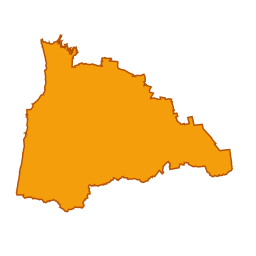 Waitomo District, Waikato, New Zealand (Robinson projection), rotated 4°
{"feature_id": "76426892B29950050378985", "entity_name": "Waitomo District", "entity_type": "district", "adm_level": 2, "iso_a3": "NZL", "parent_name": "New Zealand", "parent_adm1": "Waikato", "projection": "robinson", "projection_center": [174.849, -38.431], "detail": "fine", "context": "isolated", "style": "filled", "palette": "amber", "viewbox_px": 256, "rotation_deg": 4, "n_neighbors": 0, "source": "geoboundaries", "source_scale": "gbopen_adm2", "svg_char_len": 5633}
<svg xmlns="http://www.w3.org/2000/svg" viewBox="0 0 256 256"><g transform="rotate(4 128 128)"><path d="M70.4,59.0L72.1,56.7L71.4,57.0L71.1,56.5L71.8,55.5L71.4,55.3L71.9,54.2L71.8,53.9L71.2,54.1L70.8,53.4L70.9,52.5L70.3,52.2L70.7,51.8L70.6,51.0L70.0,51.5L69.1,51.3L68.3,52.1L68.1,52.8L67.7,51.9L67.3,53.0L67.3,53.9L67.7,54.2L67.4,54.7L67.6,55.2L66.4,58.2L65.9,57.7L64.9,58.3L64.6,57.9L66.1,56.3L66.3,54.2L64.9,54.8L64.0,56.1L63.4,55.1L65.1,53.2L65.4,52.1L63.1,53.1L62.5,54.2L61.9,54.4L62.4,52.3L62.3,51.4L61.5,51.1L61.3,48.4L59.9,49.2L59.1,49.2L60.0,50.2L59.9,52.4L59.2,52.6L59.0,51.8L58.5,52.6L58.6,51.8L59.3,51.6L58.6,51.1L56.9,52.4L57.4,51.3L56.7,50.8L56.3,51.0L56.1,51.9L55.7,52.7L55.7,50.8L55.1,51.0L54.9,49.9L55.5,49.7L55.3,49.0L55.8,48.7L55.2,48.0L55.5,47.6L55.0,47.4L55.9,45.8L55.0,46.2L54.0,48.5L53.5,48.1L52.3,48.6L52.3,48.1L53.2,48.0L53.4,47.3L52.5,46.5L51.4,46.7L52.6,45.4L53.3,46.2L53.8,46.1L54.1,42.8L54.5,42.0L55.2,41.7L54.9,41.2L55.1,40.5L54.5,40.8L54.1,40.3L53.0,43.8L51.1,46.5L48.2,47.7L48.2,48.2L46.5,49.6L44.2,49.4L43.6,48.4L43.6,49.0L42.7,49.0L40.6,48.7L39.3,47.8L38.8,48.2L37.6,48.1L37.0,47.2L36.4,45.5L35.8,46.1L35.3,46.0L35.3,47.6L35.8,48.7L35.5,49.3L36.7,51.1L36.6,51.7L37.1,52.6L36.8,53.1L37.3,53.3L40.2,62.5L40.6,62.7L40.6,64.1L42.2,69.5L41.6,71.5L42.3,72.5L42.6,74.7L42.3,75.5L41.6,75.6L40.8,76.7L41.4,78.1L42.2,82.6L42.4,83.9L42.1,85.2L42.9,87.6L42.6,91.4L42.1,92.3L42.3,95.3L42.7,96.0L41.9,98.5L41.2,99.2L41.5,100.6L39.4,101.1L38.7,101.8L36.8,105.7L35.6,106.7L35.1,107.8L34.0,108.3L33.4,109.3L31.8,110.5L30.9,110.8L31.9,111.7L31.2,114.2L30.2,115.8L29.7,116.4L25.6,116.7L26.0,116.8L25.7,117.1L26.3,120.3L25.7,121.1L26.0,121.1L25.9,121.6L26.7,121.5L27.1,121.9L26.8,122.5L26.0,122.7L25.8,124.0L26.7,124.2L27.0,126.0L27.3,125.9L27.0,132.9L27.6,133.2L27.9,134.4L27.0,139.1L25.8,139.9L26.6,139.9L26.8,140.4L26.4,140.1L26.2,140.5L26.5,143.7L25.6,144.7L24.8,146.8L25.9,153.7L25.3,156.9L25.3,159.8L24.9,160.1L24.8,160.9L25.0,163.1L24.1,173.3L23.6,174.3L22.8,180.0L23.2,180.4L22.6,187.3L22.1,190.1L22.2,191.2L21.5,197.7L21.6,198.6L21.2,199.9L21.9,202.5L28.3,202.0L28.0,203.3L29.7,205.1L30.5,204.7L31.3,204.8L32.3,204.1L36.7,203.8L38.0,205.3L39.8,204.5L40.1,205.0L41.2,204.8L44.8,205.7L45.2,205.2L47.3,205.4L48.6,207.1L49.6,207.6L49.5,207.9L50.2,207.7L51.2,208.2L52.2,207.7L52.6,206.7L53.5,206.2L55.0,206.0L54.9,206.6L56.4,205.6L58.4,205.2L59.1,204.6L61.1,206.0L61.9,205.8L62.9,207.2L63.6,207.1L63.8,208.2L64.2,208.7L65.4,208.9L65.6,210.3L66.1,211.1L65.7,211.6L66.2,211.6L66.3,212.2L69.4,213.7L70.9,215.3L73.5,215.7L74.5,213.3L75.8,213.5L77.9,212.8L79.1,212.3L80.5,210.6L84.4,210.7L85.6,210.3L87.1,211.0L87.8,210.9L88.2,210.6L88.1,210.1L89.3,209.5L89.3,207.2L88.3,206.6L88.6,204.5L90.5,202.5L90.0,202.0L90.2,201.8L92.7,200.5L92.0,198.2L92.5,197.8L92.5,197.0L93.3,196.5L94.5,196.5L94.8,195.9L94.1,194.8L94.3,194.2L93.5,193.4L93.8,191.1L92.7,190.3L93.0,189.8L92.7,188.4L93.2,187.7L94.1,187.4L95.5,188.4L96.4,188.3L97.2,187.8L97.9,188.1L98.4,186.9L99.5,187.8L101.1,187.7L102.4,188.0L102.9,187.3L105.9,186.5L106.1,186.2L107.0,186.3L107.5,185.9L107.9,186.3L108.4,185.4L109.1,185.6L110.7,185.2L110.5,184.3L113.0,183.7L113.6,182.8L114.5,182.4L114.4,181.5L117.0,180.7L116.9,178.8L117.9,178.7L120.7,180.3L120.9,180.8L121.8,180.8L121.7,180.1L123.0,179.8L123.2,179.1L125.0,178.2L125.2,177.4L126.8,176.7L127.4,177.9L130.8,177.8L131.1,179.0L131.9,179.3L132.3,178.8L135.7,178.7L137.4,178.0L138.7,178.1L141.0,179.0L143.2,178.6L143.6,179.7L144.8,180.7L147.1,181.2L150.8,179.3L151.5,179.3L151.9,177.6L152.8,177.3L154.5,175.1L155.2,174.7L155.7,175.4L156.1,174.5L157.4,174.3L158.0,174.6L162.2,168.1L165.3,171.3L166.6,169.9L165.5,168.3L165.9,163.8L169.0,159.9L170.5,158.7L170.8,159.5L171.4,159.5L171.6,160.0L172.6,160.7L172.1,161.8L172.9,162.7L172.7,163.3L172.0,163.5L172.7,166.4L181.6,164.1L182.5,160.3L184.1,160.5L184.7,161.0L186.5,160.9L186.5,158.6L190.7,158.6L190.9,160.0L196.0,162.1L197.0,161.6L201.5,161.8L207.4,160.7L210.3,166.7L211.6,166.8L212.9,168.4L212.7,168.8L213.2,169.4L214.2,169.6L214.9,170.4L216.0,170.6L216.8,170.5L217.7,169.4L219.8,169.9L221.5,169.7L221.8,169.5L221.9,168.5L223.5,169.0L225.4,168.6L226.5,167.5L227.1,168.0L229.3,167.4L230.8,165.3L231.6,164.9L231.9,164.1L233.7,163.5L234.8,161.6L234.3,160.3L234.3,158.7L233.6,157.1L233.8,156.0L230.9,142.4L221.1,144.2L215.4,138.0L216.6,137.4L212.2,132.9L212.3,132.3L203.1,123.6L201.7,119.2L193.8,120.7L191.1,112.2L186.9,113.4L188.8,119.3L184.1,120.7L183.8,119.7L180.5,120.7L179.8,119.7L177.6,118.5L176.9,117.5L176.3,117.3L175.9,115.6L174.9,114.3L174.7,113.8L176.8,113.1L175.7,109.8L172.4,110.7L172.4,108.9L171.9,108.2L172.5,107.6L172.0,107.2L172.8,106.8L171.9,105.9L171.8,104.6L170.7,101.2L170.1,100.6L170.4,98.7L169.2,98.3L169.4,96.3L166.3,96.0L164.1,96.9L163.0,96.6L163.0,95.5L158.0,94.9L158.4,97.0L156.5,97.3L151.7,96.2L148.5,97.1L148.6,96.1L150.9,91.5L147.0,90.8L146.8,88.4L148.3,85.5L143.5,84.3L143.3,83.6L142.7,83.4L142.2,83.3L141.6,84.5L140.9,84.6L140.9,84.2L142.1,82.6L140.5,81.0L141.8,80.3L141.8,78.2L141.2,75.3L140.1,73.3L136.7,74.9L133.8,74.8L131.9,75.3L132.0,76.1L129.0,76.1L130.0,74.8L129.8,74.5L125.9,73.3L120.0,70.4L118.0,70.4L114.3,69.3L113.3,67.7L113.3,63.1L112.9,63.1L112.6,62.5L104.9,62.4L105.2,61.7L106.7,60.7L106.7,60.2L106.3,59.7L101.3,60.1L100.9,59.6L99.8,59.4L99.3,60.0L97.5,59.9L96.9,61.5L98.0,63.1L96.7,63.5L97.2,64.6L96.6,66.7L97.8,67.4L98.1,68.0L97.8,68.3L92.4,67.9L91.6,67.4L89.8,67.3L88.4,66.6L85.3,67.4L82.4,67.2L81.5,66.6L80.7,67.2L79.7,67.0L79.5,67.4L78.1,67.0L77.6,66.3L74.6,67.6L74.8,68.1L70.7,69.8L71.0,70.9L67.9,70.9L67.7,62.3L68.6,62.3L68.2,60.9L68.8,59.6L70.4,59.0Z" fill="#f59e0b" stroke="#b45309" stroke-width="1.5"/></g></svg>